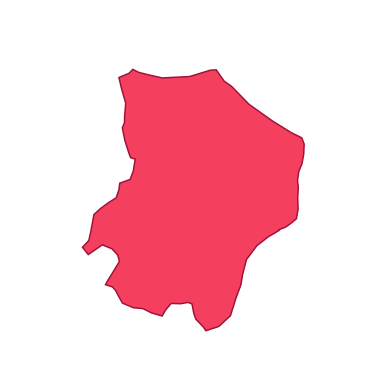 Falun, Dalarna, Sweden (orthographic projection), rotated 340°
{"feature_id": "70781695B54233926818688", "entity_name": "Falun", "entity_type": "district", "adm_level": 2, "iso_a3": "SWE", "parent_name": "Sweden", "parent_adm1": "Dalarna", "projection": "orthographic", "projection_center": [15.811, 60.776], "detail": "fine", "context": "isolated", "style": "filled", "palette": "rose", "viewbox_px": 384, "rotation_deg": 340, "n_neighbors": 0, "source": "geoboundaries", "source_scale": "gbopen_adm2", "svg_char_len": 1207}
<svg xmlns="http://www.w3.org/2000/svg" viewBox="0 0 384 384"><g transform="rotate(340 192 192)"><path d="M178.3,56.5L173.5,58.9L162.5,59.4L161.1,70.9L160.1,85.8L154.8,97.3L152.3,103.6L148.5,107.9L146.5,120.9L146.0,133.4L146.0,138.7L146.5,139.2L149.9,141.6L144.0,152.2L138.2,159.0L127.1,159.0L124.2,164.7L118.8,171.5L110.1,173.4L100.4,176.2L92.2,179.6L83.4,194.5L78.5,202.2L70.2,206.5L73.1,215.3L89.6,211.0L97.3,217.9L100.6,225.7L100.1,232.4L89.9,240.6L82.5,246.4L79.0,249.5L84.7,253.9L86.5,258.2L87.4,265.1L88.6,272.6L97.3,280.7L106.0,284.8L112.5,291.7L121.5,298.3L127.1,293.7L134.3,289.6L143.1,293.1L150.5,294.4L153.7,297.2L152.1,307.2L152.1,312.8L156.4,322.5L157.6,327.1L171.3,327.5L185.8,321.4L196.9,306.9L206.3,295.8L211.3,286.9L220.1,274.1L234.5,264.7L248.3,260.2L258.9,258.2L261.1,257.8L261.1,257.1L267.9,257.0L273.5,255.5L276.4,254.5L281.0,252.8L285.8,244.5L289.5,233.2L293.6,223.8L295.0,217.5L299.4,209.2L305.0,203.1L309.8,194.9L313.8,185.3L313.7,178.8L313.5,178.5L305.5,170.1L291.9,152.8L275.5,129.0L265.4,106.4L260.2,98.9L258.4,92.5L256.6,85.5L256.2,85.4L250.8,83.8L229.3,82.7L207.2,75.9L203.2,74.7L192.2,67.7L182.9,61.4L178.3,56.5Z" fill="#f43f5e" stroke="#9f1239" stroke-width="1.5"/></g></svg>